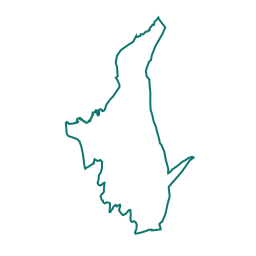 outline of Kolahun, Lofa, Liberia, rotated 353°
{"feature_id": "62588387B25205457381815", "entity_name": "Kolahun", "entity_type": "district", "adm_level": 2, "iso_a3": "LBR", "parent_name": "Liberia", "parent_adm1": "Lofa", "projection": "equal_earth", "projection_center": [-10.197, 8.109], "detail": "fine", "context": "isolated", "style": "outline", "palette": "teal", "viewbox_px": 256, "rotation_deg": 353, "n_neighbors": 0, "source": "geoboundaries", "source_scale": "gbopen_adm2", "svg_char_len": 4485}
<svg xmlns="http://www.w3.org/2000/svg" viewBox="0 0 256 256"><g transform="rotate(353 128 128)"><path d="M148.1,232.6L148.1,231.9L147.8,230.2L148.0,230.1L147.3,227.2L150.9,224.6L154.7,217.9L158.0,208.3L161.0,201.0L161.2,191.4L176.0,178.1L181.7,171.8L185.3,167.7L189.2,165.5L189.5,165.3L188.1,164.4L184.3,165.2L181.6,166.7L177.7,168.2L172.8,171.5L167.3,174.3L164.4,176.8L162.4,177.9L162.4,176.8L162.5,176.1L163.0,173.8L162.5,170.3L162.0,166.3L161.6,164.9L161.4,159.8L161.0,155.3L160.3,152.9L159.2,149.0L157.9,147.1L157.3,140.8L156.3,134.3L156.2,134.1L156.2,133.9L155.8,130.0L154.4,125.2L154.3,124.6L153.5,116.8L152.7,113.0L153.1,106.7L153.3,104.9L153.5,103.4L154.5,95.6L154.5,95.0L154.7,88.5L154.8,87.0L154.8,86.8L154.9,84.2L155.1,82.5L152.8,79.0L152.8,78.4L152.7,73.4L154.5,69.5L156.0,66.7L156.7,65.3L157.0,64.8L159.1,63.3L160.4,58.9L164.3,51.7L165.0,50.5L165.5,49.6L167.1,47.5L168.4,45.8L169.8,44.0L170.4,43.1L173.1,39.6L174.0,38.4L175.3,36.0L176.4,34.1L177.3,32.6L175.0,29.1L172.0,23.7L171.6,22.1L170.7,23.0L169.4,24.3L167.8,25.4L167.1,26.0L166.6,28.3L166.0,28.9L165.1,28.4L163.9,29.4L163.5,30.3L162.4,30.9L162.0,31.4L161.4,32.2L161.4,33.7L160.0,33.7L159.3,34.5L158.3,34.7L157.2,34.6L156.2,35.6L154.5,36.9L152.2,36.5L151.3,38.3L149.3,38.3L148.5,38.9L147.2,38.6L147.2,37.9L145.8,40.0L143.7,43.0L142.5,43.6L142.3,43.7L138.2,45.6L137.9,45.8L135.1,47.3L132.7,48.6L130.3,49.9L130.2,50.1L129.9,50.4L128.6,51.9L125.9,54.9L125.9,55.0L125.5,56.2L124.9,57.9L124.1,60.5L123.9,60.9L123.8,61.3L124.3,64.8L124.6,67.1L124.5,67.6L124.3,70.8L124.2,72.6L124.2,73.3L124.0,75.4L122.1,76.6L122.6,77.7L123.3,79.2L123.5,79.7L124.8,84.1L124.4,86.5L123.4,87.6L122.3,88.7L122.0,89.1L120.1,91.3L118.4,93.3L117.8,94.1L114.6,96.8L113.4,97.8L112.0,99.4L109.8,101.8L109.3,102.4L109.3,102.5L108.7,103.6L108.1,105.0L107.8,105.9L107.7,106.0L107.3,106.8L107.1,107.0L106.4,107.7L105.4,108.1L104.9,108.2L104.7,108.1L104.0,107.4L104.1,106.7L103.7,106.2L103.2,106.2L102.3,106.5L101.8,106.2L101.7,106.3L101.1,106.7L100.8,106.8L100.1,107.2L99.7,108.1L100.1,108.8L100.4,108.9L101.2,108.3L101.1,108.9L100.7,109.1L100.2,109.2L99.9,109.7L100.3,109.9L100.9,109.8L101.0,110.0L100.9,110.7L100.5,110.5L100.1,111.2L100.0,111.8L99.9,111.9L99.7,111.7L99.5,111.2L99.1,110.4L99.3,110.1L99.5,109.6L99.3,109.0L99.4,108.5L99.0,108.1L99.2,107.6L98.8,107.5L98.6,106.6L98.4,106.6L98.2,107.3L97.9,107.9L97.7,107.4L97.5,107.8L97.0,107.9L96.8,108.2L96.1,108.5L95.3,108.3L95.1,108.3L94.8,108.4L94.9,109.2L94.7,109.8L94.8,110.2L94.4,110.3L94.6,110.7L94.3,110.8L94.2,111.3L93.9,111.7L93.7,112.5L93.3,113.0L92.6,113.3L92.4,114.1L92.2,114.3L91.7,114.7L91.8,115.4L91.8,115.5L91.6,116.2L91.1,116.7L90.6,116.5L89.9,116.1L89.7,116.6L89.4,116.9L89.1,117.4L88.4,117.4L88.0,117.8L87.3,117.8L86.5,117.2L86.1,116.4L86.0,116.5L84.8,116.1L83.8,114.5L82.9,114.3L83.0,113.4L81.8,113.5L81.6,112.3L81.0,112.5L80.8,112.6L80.6,112.2L79.1,112.6L78.5,113.4L78.6,113.9L77.8,115.1L78.0,115.7L79.0,115.8L78.3,116.6L77.2,116.3L76.2,116.8L75.6,116.5L74.0,116.9L73.1,116.8L72.1,116.8L71.5,116.6L70.3,116.9L69.7,116.7L69.4,116.1L68.8,115.1L67.7,115.7L67.6,114.9L66.9,115.3L66.5,126.3L67.8,128.7L70.9,130.1L74.1,131.8L76.6,133.2L77.6,134.7L77.7,134.8L78.4,135.8L79.5,141.4L80.1,148.4L80.1,156.1L80.1,159.9L80.6,163.2L81.4,162.7L87.0,160.2L88.0,159.6L88.4,159.3L89.0,158.9L89.5,159.2L90.6,156.0L91.0,154.9L91.3,155.1L93.5,156.9L94.4,156.9L95.2,156.9L96.7,156.4L98.1,158.4L98.3,158.7L97.7,160.6L97.4,164.3L95.7,168.6L93.6,171.1L93.0,172.5L93.0,173.9L91.9,176.9L91.1,178.9L91.4,179.6L92.1,181.1L94.1,181.7L97.2,179.5L98.1,179.5L97.2,182.9L96.8,184.9L96.3,188.4L94.7,190.0L93.7,190.6L92.9,191.6L92.5,192.2L93.1,196.0L93.4,196.3L94.2,196.9L94.2,197.9L94.2,198.6L94.7,199.0L95.6,199.8L95.9,200.0L97.7,199.2L99.7,199.6L100.4,200.2L101.0,200.7L101.0,200.9L99.5,208.6L99.5,209.2L100.3,209.2L100.9,208.3L103.2,205.8L103.5,205.2L103.8,204.6L104.5,204.0L106.3,202.8L106.9,203.4L107.0,203.6L107.4,204.5L109.4,203.5L110.5,203.2L110.5,203.3L111.0,204.1L109.9,206.5L109.1,208.2L109.4,209.4L109.7,210.0L111.1,212.4L111.2,212.5L112.4,213.9L114.4,213.1L114.6,213.1L115.7,212.6L115.8,212.5L118.7,209.8L120.3,209.6L120.4,210.2L120.5,210.6L120.1,211.6L120.3,213.8L119.4,217.7L119.5,220.6L120.7,221.8L121.3,221.6L122.2,221.2L124.0,222.2L124.9,225.1L124.6,226.5L124.0,229.4L122.1,232.5L122.2,232.8L122.5,233.5L122.7,233.9L128.0,233.4L134.3,232.3L135.9,231.5L136.4,231.6L138.9,231.8L139.1,231.8L139.2,232.3L139.3,232.6L140.5,232.6L148.1,232.6Z" fill="none" stroke="#0f766e" stroke-width="2"/></g></svg>